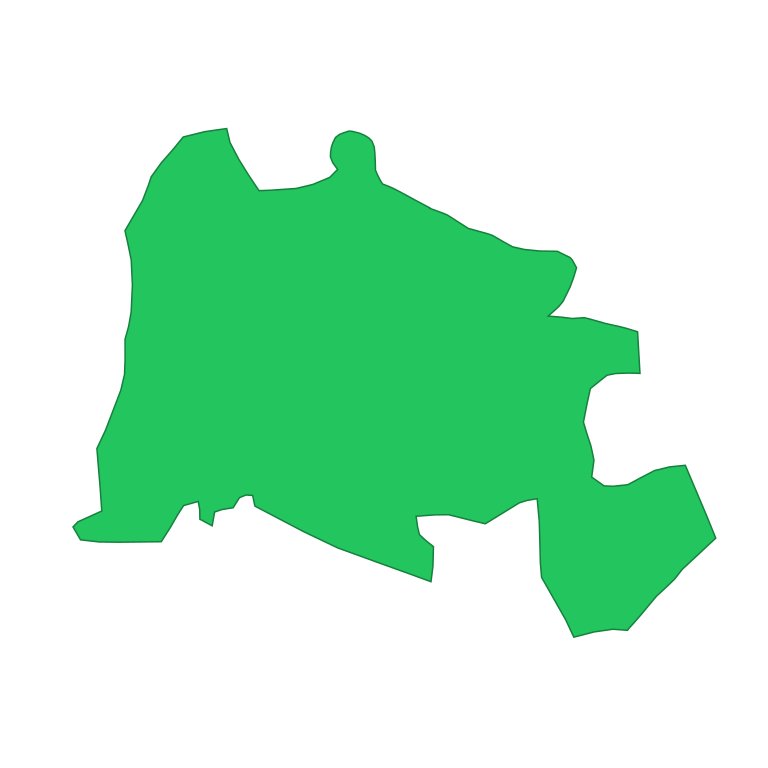 outline of Bereket, Balkan, Turkmenistan, rotated 86°
{"feature_id": "10190150B43473123823457", "entity_name": "Bereket", "entity_type": "district", "adm_level": 2, "iso_a3": "TKM", "parent_name": "Turkmenistan", "parent_adm1": "Balkan", "projection": "natural_earth1", "projection_center": [55.542, 39.495], "detail": "fine", "context": "isolated", "style": "filled", "palette": "green", "viewbox_px": 768, "rotation_deg": 86, "n_neighbors": 0, "source": "geoboundaries", "source_scale": "gbopen_adm2", "svg_char_len": 2649}
<svg xmlns="http://www.w3.org/2000/svg" viewBox="0 0 768 768"><g transform="rotate(86 384 384)"><path d="M118.9,523.0L118.2,523.1L118.8,532.0L119.8,545.4L123.6,567.1L135.3,578.1L147.9,590.8L161.1,601.8L168.7,604.9L184.0,612.0L197.4,621.1L213.0,631.7L226.2,629.7L242.8,627.5L268.0,628.1L294.5,631.2L308.6,634.7L321.3,639.2L341.9,640.6L356.4,642.2L371.9,647.0L410.2,664.8L410.6,665.0L428.3,674.9L430.0,674.9L468.1,674.4L491.0,674.4L495.1,685.4L500.1,698.9L504.9,704.2L518.3,697.6L521.7,679.1L523.3,659.7L524.7,636.0L525.8,617.2L512.2,607.1L500.0,598.9L491.3,592.4L488.2,577.5L496.6,576.6L506.1,577.1L507.9,574.0L508.0,574.0L513.5,565.3L513.1,565.2L499.9,561.9L498.0,554.7L496.9,543.1L487.3,536.1L485.1,529.4L486.0,522.8L496.8,521.3L511.9,496.8L525.8,474.3L544.4,441.4L561.9,402.0L572.9,377.0L584.5,350.9L569.2,347.9L549.7,346.0L543.1,353.2L536.8,359.1L529.6,360.4L518.2,361.2L518.1,342.7L518.9,328.7L526.4,305.8L530.5,292.7L526.5,285.0L518.5,269.7L512.0,257.3L510.2,249.7L509.1,239.2L532.1,238.7L555.6,239.7L573.4,240.5L587.9,240.3L599.1,234.9L619.4,225.2L632.1,219.1L649.8,212.3L646.0,191.9L644.6,172.7L646.7,158.3L645.9,157.5L645.6,157.5L639.8,151.4L631.7,143.3L629.4,141.1L621.0,133.1L614.6,126.9L605.8,115.9L598.9,107.7L589.6,99.3L560.9,63.8L537.7,71.4L486.1,89.1L486.3,95.3L486.5,101.8L486.7,105.6L487.6,110.5L488.1,113.5L488.6,116.0L488.7,117.3L489.2,120.1L490.3,122.6L491.5,125.4L494.0,131.1L496.2,136.2L498.2,140.5L501.4,147.8L501.5,148.7L501.8,157.1L502.0,162.4L501.0,171.6L491.3,183.3L474.8,179.9L472.2,180.2L465.6,181.1L459.8,182.0L447.1,185.2L436.0,187.7L417.7,182.8L402.9,178.4L397.0,169.9L396.7,169.5L390.8,160.9L389.7,152.2L389.9,146.4L390.2,138.1L390.3,137.8L390.7,133.2L391.3,127.9L349.6,127.4L345.5,138.0L343.8,143.0L339.0,159.0L333.6,174.0L331.8,179.6L331.8,185.0L331.8,191.6L329.8,201.7L327.7,215.5L322.5,208.7L318.6,203.9L314.0,199.6L305.8,194.8L299.9,191.4L291.4,187.6L281.5,183.8L273.5,187.5L270.8,189.6L266.2,197.6L263.7,201.9L262.2,219.3L259.6,234.5L256.1,246.2L250.4,255.0L243.3,265.5L241.4,270.0L234.6,289.2L220.0,308.8L218.5,311.6L211.8,326.4L211.4,326.3L211.3,326.2L210.6,327.5L202.2,340.9L193.4,354.7L189.4,361.3L187.2,365.5L184.3,371.6L184.2,371.6L181.2,373.2L174.4,376.1L170.0,377.6L166.7,377.4L161.9,377.2L153.4,377.0L146.8,377.2L140.9,379.1L137.4,382.1L134.8,385.7L132.2,390.6L131.7,392.1L130.2,396.7L129.8,397.8L129.2,401.2L129.9,404.0L130.7,407.1L132.0,411.2L134.7,415.2L139.8,418.2L143.9,419.9L149.0,421.1L153.7,421.6L159.7,419.7L166.7,415.3L174.1,423.7L180.0,441.2L182.8,457.9L182.8,483.0L182.4,495.2L166.0,504.6L149.7,513.2L132.3,520.8L118.9,523.0Z" fill="#22c55e" stroke="#15803d" stroke-width="1.5"/></g></svg>